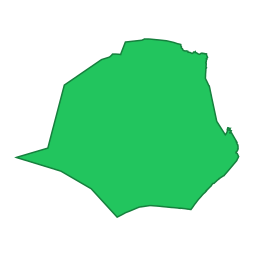 the district of Tepoztlán, Morelos, Mexico, rotated 271°
{"feature_id": "50627088B16515599651569", "entity_name": "Tepoztlán", "entity_type": "district", "adm_level": 2, "iso_a3": "MEX", "parent_name": "Mexico", "parent_adm1": "Morelos", "projection": "robinson", "projection_center": [-99.113, 18.993], "detail": "fine", "context": "isolated", "style": "filled", "palette": "green", "viewbox_px": 256, "rotation_deg": 271, "n_neighbors": 0, "source": "geoboundaries", "source_scale": "gbopen_adm2", "svg_char_len": 4741}
<svg xmlns="http://www.w3.org/2000/svg" viewBox="0 0 256 256"><g transform="rotate(271 128 128)"><path d="M47.6,192.4L47.8,192.5L48.4,192.9L48.7,193.2L48.9,193.3L49.1,193.5L49.5,193.7L50.0,194.1L50.3,194.3L50.6,194.5L51.2,194.9L51.7,195.2L52.3,195.6L52.9,196.0L53.4,196.4L53.5,196.5L54.3,197.1L54.7,197.4L55.0,197.6L55.7,198.1L56.4,198.6L56.8,198.9L57.2,199.2L58.1,199.9L58.5,200.3L59.7,201.3L60.7,202.2L62.2,203.4L63.2,204.3L64.1,205.2L64.3,205.5L64.5,205.7L64.8,206.0L65.1,206.3L65.4,206.6L65.7,206.8L65.9,207.0L66.0,207.1L66.3,207.4L66.6,207.6L66.8,207.4L66.9,207.6L67.4,208.1L67.6,208.3L67.8,208.4L67.8,208.5L68.0,208.7L68.3,209.0L68.6,209.2L68.9,209.5L69.0,209.6L69.2,209.8L69.7,210.3L70.0,210.6L70.7,211.2L70.9,211.5L71.0,211.6L71.5,212.1L72.0,212.5L72.2,212.4L72.3,212.4L72.5,212.5L72.8,212.7L73.5,213.4L74.1,213.9L74.1,214.0L74.1,214.5L74.1,214.8L74.2,215.0L74.6,215.4L74.9,215.7L75.3,216.1L75.5,216.3L75.9,216.8L76.2,217.1L76.5,217.4L76.7,217.6L77.0,217.8L77.6,218.5L77.9,218.9L78.1,219.2L78.4,219.5L78.5,219.7L78.6,219.8L79.0,219.9L79.1,220.0L79.0,220.3L79.3,220.5L79.5,220.8L79.6,221.0L79.8,221.3L80.0,221.5L80.2,221.8L80.3,221.9L80.3,222.0L80.5,222.2L80.6,222.3L80.7,222.5L81.1,223.2L81.4,223.6L81.5,223.7L81.6,223.9L81.8,224.2L81.9,224.6L82.1,224.9L82.7,225.3L84.0,226.4L85.4,227.6L97.3,237.3L97.5,237.3L97.8,237.5L98.6,237.8L98.8,237.9L99.6,238.3L100.1,238.6L100.3,238.7L100.7,238.8L101.4,239.1L101.5,239.0L101.7,238.9L101.9,238.8L102.1,238.7L102.6,238.5L103.0,238.3L103.2,238.2L104.1,237.8L104.4,237.6L104.5,237.4L104.7,237.0L104.9,236.6L105.0,236.6L105.1,236.4L105.3,236.4L105.8,236.6L106.0,236.6L106.3,236.8L106.3,237.1L107.0,237.6L107.5,237.8L108.0,238.1L108.7,238.0L108.7,238.3L108.9,238.4L109.0,238.4L109.3,238.4L109.8,238.4L110.7,238.3L110.8,238.3L111.8,238.2L111.9,238.3L112.1,238.2L112.9,238.1L112.9,237.9L113.9,237.4L114.9,237.0L115.3,236.8L115.9,236.6L115.9,237.0L124.9,231.6L124.9,230.9L124.9,230.1L124.9,229.6L125.0,229.3L125.2,230.6L126.4,231.1L127.0,231.3L127.0,231.2L127.1,230.1L127.8,230.2L127.8,229.2L127.6,228.8L127.1,228.4L127.6,228.7L129.4,230.1L129.4,229.8L129.5,229.1L129.7,228.4L129.9,228.4L130.0,227.8L129.3,227.6L128.8,227.5L128.4,227.3L128.2,227.3L127.8,227.3L127.2,227.4L126.8,227.4L125.1,226.9L124.6,226.5L123.8,226.1L123.2,225.7L122.9,225.4L136.2,216.6L156.6,211.9L160.8,210.9L161.0,210.9L162.0,210.7L164.0,210.2L169.0,209.1L171.5,208.5L171.7,208.2L171.9,208.0L172.1,207.9L174.2,206.9L175.8,206.1L176.8,205.6L177.9,205.0L179.0,204.5L181.5,204.6L182.5,204.6L183.3,204.6L183.6,204.6L184.6,204.7L185.5,204.7L186.5,204.8L187.2,204.8L187.7,204.8L188.2,204.8L188.4,204.8L188.8,204.8L189.3,205.3L189.5,205.4L189.9,205.4L190.4,204.9L192.9,205.1L193.3,205.1L193.5,205.1L194.0,204.8L194.3,205.0L194.5,204.9L194.7,204.7L194.9,204.6L195.0,204.7L195.2,204.9L195.3,204.9L195.3,205.0L195.5,205.1L195.9,205.1L196.3,205.1L196.5,205.1L197.0,205.2L197.3,205.2L197.5,205.3L197.8,205.4L197.9,205.5L198.0,205.6L198.4,205.3L198.4,205.2L198.6,205.1L198.9,205.4L199.0,205.6L199.2,205.8L199.3,205.9L199.4,206.0L199.5,206.1L199.8,206.2L199.9,206.3L200.1,206.3L200.2,206.2L200.3,206.2L200.5,206.1L200.8,205.9L201.1,205.7L201.5,205.6L201.9,205.5L202.4,205.3L202.7,205.2L202.8,205.1L203.2,205.2L203.3,205.2L203.5,205.2L203.6,204.7L203.6,204.3L203.5,203.9L203.4,203.6L203.6,203.2L203.6,202.8L203.8,202.3L203.8,202.2L203.9,202.3L204.1,200.9L204.1,200.3L204.0,200.0L204.0,199.8L203.4,199.0L202.9,198.5L203.0,197.9L203.0,197.6L203.1,197.2L203.4,196.7L203.7,196.2L203.8,196.1L203.9,195.9L204.3,195.3L204.5,194.4L205.6,193.9L204.7,192.9L205.0,192.2L204.0,191.6L203.7,191.2L203.7,190.4L203.9,190.2L204.3,189.4L204.7,188.5L204.8,186.7L205.7,186.6L206.1,185.3L206.0,184.2L206.2,182.7L207.1,181.4L208.1,181.1L209.1,179.9L210.2,180.0L210.7,179.5L212.4,179.3L212.7,178.2L213.2,175.8L214.3,172.4L214.9,169.6L215.7,165.9L215.9,164.8L216.5,158.2L217.3,148.0L217.3,143.0L216.0,140.4L213.9,123.9L202.2,119.6L201.3,119.4L201.5,118.3L201.7,114.3L201.6,111.2L200.4,110.3L198.6,108.3L195.9,100.3L169.8,63.6L127.5,53.3L126.8,53.1L106.5,48.2L96.8,17.4L96.6,16.9L96.4,17.5L83.7,61.7L66.6,92.3L38.7,118.7L40.9,122.9L42.6,125.9L43.3,127.1L45.1,131.5L47.9,137.8L48.2,138.5L48.7,139.7L48.8,139.9L49.0,140.3L49.1,140.7L49.3,141.4L49.3,141.6L49.4,141.9L49.4,142.1L49.5,142.6L49.4,142.6L49.9,145.7L50.2,147.2L50.3,148.1L50.6,149.7L50.6,150.0L50.8,151.0L50.8,151.3L50.8,152.9L50.7,154.2L50.7,154.3L50.5,158.3L50.4,159.7L50.2,162.1L50.2,162.3L50.1,162.9L50.1,163.4L50.1,163.8L50.0,164.0L49.8,167.0L49.4,171.5L49.3,172.4L49.2,175.0L48.9,179.0L48.6,181.2L48.8,181.2L48.8,181.3L48.7,182.8L48.7,183.0L48.6,183.6L48.4,185.6L48.4,185.8L48.2,187.5L48.0,188.6L47.9,190.1L47.8,190.5L47.6,192.0L47.6,192.4Z" fill="#22c55e" stroke="#15803d" stroke-width="1.5"/></g></svg>